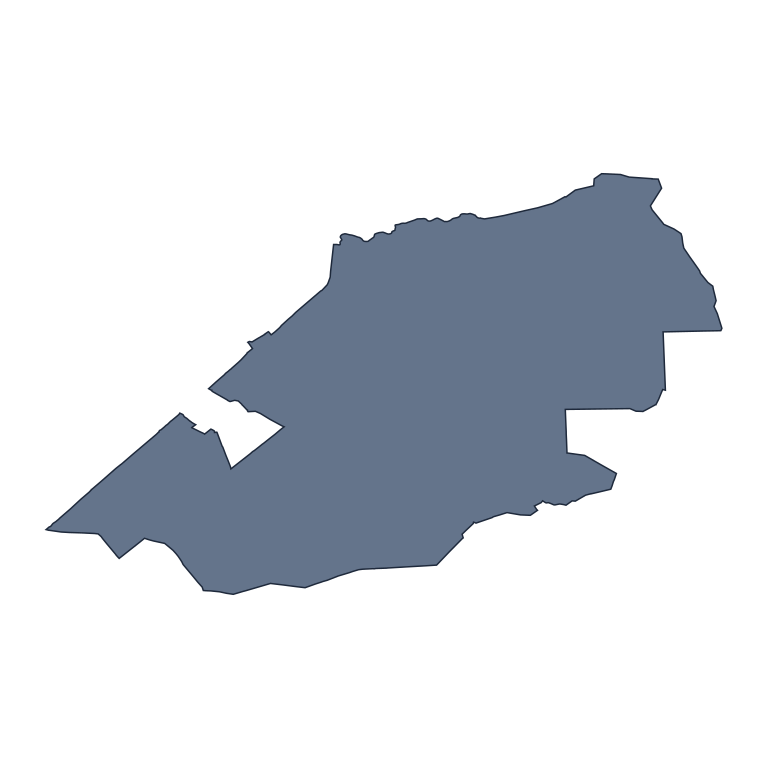 the district of Malnavas pag., Karsavas, Latvia
{"feature_id": "27541924B93954265476468", "entity_name": "Malnavas pag.", "entity_type": "district", "adm_level": 2, "iso_a3": "LVA", "parent_name": "Latvia", "parent_adm1": "Karsavas", "projection": "equal_earth", "projection_center": [27.746, 56.802], "detail": "fine", "context": "isolated", "style": "filled", "palette": "slate", "viewbox_px": 768, "rotation_deg": 0, "n_neighbors": 0, "source": "geoboundaries", "source_scale": "gbopen_adm2", "svg_char_len": 6060}
<svg xmlns="http://www.w3.org/2000/svg" viewBox="0 0 768 768"><path d="M720.9,330.6L721.9,328.3L717.3,313.6L714.0,306.5L716.1,300.7L715.0,295.9L713.4,289.5L712.8,286.2L707.9,282.5L700.4,273.3L699.6,270.9L696.5,266.4L689.4,256.4L683.8,248.1L682.7,242.9L682.0,236.9L681.0,233.6L674.0,229.0L663.7,224.3L662.9,223.1L652.1,209.8L650.4,205.9L661.6,188.2L658.2,179.1L652.1,178.9L652.1,178.7L629.2,177.1L620.5,174.5L607.2,173.9L601.6,173.7L594.2,178.9L593.7,185.8L575.3,190.1L565.9,197.0L565.0,196.7L552.5,203.5L537.6,207.8L525.0,210.6L504.1,215.5L495.6,217.1L484.5,218.9L481.1,218.3L480.4,218.0L479.7,218.2L479.2,218.1L478.5,218.0L477.7,217.7L476.8,217.1L476.5,216.6L476.1,216.2L475.3,215.6L475.1,215.1L474.2,214.9L472.9,214.3L470.1,213.5L469.5,213.6L467.6,214.0L466.4,214.0L464.2,213.8L462.4,213.9L461.6,214.1L461.0,214.5L460.5,214.8L459.8,216.2L459.5,216.5L459.0,216.8L458.1,217.2L457.9,217.4L456.5,217.7L454.3,218.2L453.4,218.4L452.5,218.8L451.9,219.2L450.8,220.1L449.9,220.6L449.3,220.9L447.9,221.4L446.9,221.6L445.8,221.5L444.8,221.6L444.2,221.5L443.4,221.0L440.5,219.5L438.0,218.3L437.7,218.2L437.1,218.2L436.4,218.3L434.9,218.9L432.4,220.2L430.5,221.0L429.8,221.1L428.8,221.1L428.5,221.0L428.1,220.9L427.3,220.4L426.5,219.5L426.2,219.3L425.6,219.0L425.0,218.8L424.7,218.7L423.7,218.6L421.1,218.8L417.6,218.9L416.8,219.1L415.2,219.8L414.5,220.1L407.5,222.5L406.7,222.9L406.0,223.1L404.9,223.3L403.3,223.2L402.0,223.3L400.8,223.6L400.0,224.0L398.8,224.4L397.6,224.6L395.9,224.8L395.6,224.9L395.2,225.1L395.1,225.7L395.2,226.2L395.5,226.8L395.5,227.3L395.5,227.6L395.3,228.1L394.9,230.2L394.8,230.4L394.6,230.5L393.2,231.0L392.2,231.5L391.9,231.8L391.9,232.0L391.7,232.7L391.5,233.1L391.3,233.3L390.9,233.5L390.2,233.8L389.1,234.0L388.0,234.0L386.7,233.6L384.8,232.8L383.0,232.2L382.6,232.2L379.2,232.6L376.8,233.3L375.8,233.7L374.9,234.1L374.6,234.5L374.4,235.1L374.1,236.6L373.6,237.3L373.4,237.5L372.0,238.4L371.5,238.8L370.4,239.6L369.5,240.2L368.3,241.2L368.0,241.4L367.7,241.4L366.1,241.5L365.1,241.4L364.3,241.3L363.8,241.1L363.5,240.9L362.8,240.4L362.2,239.4L361.9,239.1L360.8,238.2L360.3,237.9L359.3,237.4L357.8,237.1L354.6,235.9L352.9,235.4L351.8,235.1L349.6,234.8L346.0,233.9L344.9,233.8L344.2,233.9L343.6,234.1L342.4,234.4L341.5,235.0L340.7,235.8L340.5,236.2L340.3,236.9L340.3,237.2L340.6,237.7L341.2,238.6L341.5,239.2L341.8,239.7L341.8,240.0L341.4,240.4L340.6,241.3L340.2,241.8L340.1,242.2L340.0,242.6L340.2,243.5L340.2,243.9L340.1,244.3L340.0,244.6L339.5,244.8L338.8,244.9L337.6,244.6L336.8,244.5L334.4,244.5L333.6,244.5L330.6,271.4L330.4,274.2L330.2,277.1L328.6,281.6L328.0,283.2L327.2,284.8L321.9,290.4L320.7,291.0L296.5,311.7L295.4,312.7L291.8,316.3L291.5,316.5L288.3,319.2L281.5,325.4L279.7,327.6L274.7,332.1L271.3,334.7L271.1,334.8L268.9,332.1L268.3,331.7L264.5,334.3L264.6,334.5L257.5,338.6L252.1,341.9L249.3,341.5L247.8,342.3L248.9,343.5L252.5,348.6L247.5,352.6L247.3,352.6L246.9,353.5L246.7,353.8L241.0,359.9L237.9,362.8L232.2,367.8L231.1,368.9L230.1,369.6L228.1,371.4L225.6,373.3L224.3,374.8L216.3,381.7L208.6,388.7L211.5,390.4L211.8,390.3L211.9,391.0L212.3,391.4L217.3,394.3L227.5,400.1L227.6,400.4L228.0,400.5L229.5,401.4L230.3,401.5L234.7,400.3L238.3,401.0L241.8,404.3L242.0,404.8L242.7,405.4L244.7,407.5L246.2,409.1L246.8,409.8L247.5,410.1L247.5,410.4L247.5,410.9L248.1,411.7L255.4,411.3L260.4,413.5L269.9,419.3L282.1,425.9L284.1,426.8L280.3,429.8L275.0,434.3L269.5,438.6L264.6,442.5L263.2,443.6L262.4,444.1L259.1,446.8L254.9,450.1L254.2,450.7L253.7,450.9L252.5,451.7L250.3,453.7L230.9,468.9L230.4,466.6L228.2,461.0L225.8,455.1L222.8,447.1L222.2,446.3L221.6,444.8L220.5,441.8L218.3,435.9L217.1,432.7L216.8,432.2L214.5,432.5L214.5,431.3L214.0,430.7L213.5,430.4L213.4,430.4L212.6,429.9L210.9,429.1L204.6,434.1L204.3,433.8L202.9,433.1L200.7,432.1L191.8,427.7L192.4,427.0L193.2,426.5L194.5,425.6L195.7,424.7L194.2,423.9L191.7,422.4L190.3,421.2L190.0,421.2L186.7,418.3L184.3,416.8L184.1,416.5L183.2,414.9L182.6,414.4L179.8,413.1L179.0,414.4L177.4,415.8L171.5,420.7L170.6,421.3L167.5,424.4L166.0,425.4L164.2,427.1L161.0,429.8L159.5,430.5L159.0,431.5L159.0,431.9L158.8,431.9L156.4,434.3L132.3,454.7L129.9,456.8L121.2,464.3L120.8,464.5L115.8,468.5L100.2,482.2L91.5,489.6L91.4,489.6L91.4,489.8L89.2,492.1L81.0,499.1L70.2,509.1L59.2,518.6L59.0,519.0L56.9,520.7L56.0,521.5L53.4,523.2L52.7,523.8L51.0,526.0L50.5,526.4L50.0,526.7L49.1,527.0L46.1,529.6L48.8,530.3L49.3,530.3L61.1,532.0L69.5,532.5L82.5,532.9L94.6,533.5L98.1,533.9L101.1,536.5L102.6,538.6L106.9,543.9L115.6,554.3L116.2,555.2L118.1,557.3L119.2,558.4L139.7,542.2L144.5,538.3L149.5,539.9L153.6,541.0L164.7,543.4L173.0,550.3L176.0,553.6L178.3,556.5L181.0,560.5L181.9,562.0L183.1,564.5L191.8,574.9L197.9,582.3L202.2,587.1L203.3,590.5L205.7,590.7L210.7,590.9L219.6,591.8L226.5,593.3L233.3,594.3L243.1,591.4L245.8,590.7L249.2,589.7L270.7,583.4L270.8,583.5L282.7,584.9L295.1,586.5L305.1,587.7L315.4,584.0L321.0,582.2L322.9,581.5L327.2,580.3L338.2,576.0L349.5,572.6L352.6,571.5L358.6,569.7L362.6,569.2L372.9,568.7L374.2,568.8L375.9,568.5L387.0,568.1L387.5,568.0L406.1,566.9L425.6,565.8L436.6,565.1L449.2,551.9L462.4,538.5L463.2,537.9L462.1,534.2L465.9,530.5L473.2,523.6L473.5,522.2L474.4,522.4L476.0,523.1L492.1,517.6L493.5,516.7L499.1,515.1L506.7,512.7L507.0,512.6L520.5,514.9L530.1,515.3L530.5,515.2L537.5,510.3L536.6,509.4L534.4,506.0L541.2,502.6L542.6,500.8L544.0,501.7L545.4,502.6L546.2,502.9L548.1,502.7L548.6,502.7L551.2,503.7L553.7,504.8L554.5,504.9L555.1,504.9L557.0,504.5L559.4,504.0L560.8,504.1L563.7,504.6L566.0,505.2L567.0,504.5L572.1,500.9L575.1,501.1L575.4,501.1L585.5,495.2L589.9,494.0L590.8,493.7L590.9,493.9L599.9,491.8L610.8,489.2L612.1,485.8L613.0,482.9L613.4,481.6L614.3,479.7L616.4,473.5L599.6,464.0L584.7,455.4L567.3,453.0L567.0,453.0L566.5,440.0L566.2,433.6L566.2,431.9L565.9,424.7L565.3,409.4L629.9,408.6L636.0,411.2L641.8,411.4L642.9,411.5L643.0,411.4L645.6,410.1L655.7,404.6L655.9,404.4L656.0,404.5L658.6,399.4L660.6,394.5L662.7,389.5L665.4,390.2L663.1,331.9L703.7,331.0L720.4,330.7L720.8,330.6L720.9,330.6Z" fill="#64748b" stroke="#1e293b" stroke-width="1.5"/></svg>